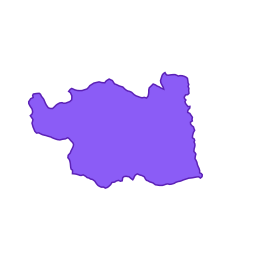 Tupã, São Paulo, Brazil (Mercator projection), rotated 234°
{"feature_id": "56859067B14045296433248", "entity_name": "Tupã", "entity_type": "district", "adm_level": 2, "iso_a3": "BRA", "parent_name": "Brazil", "parent_adm1": "São Paulo", "projection": "mercator", "projection_center": [-50.528, -21.957], "detail": "fine", "context": "isolated", "style": "filled", "palette": "violet", "viewbox_px": 256, "rotation_deg": 234, "n_neighbors": 0, "source": "geoboundaries", "source_scale": "gbopen_adm2", "svg_char_len": 3467}
<svg xmlns="http://www.w3.org/2000/svg" viewBox="0 0 256 256"><g transform="rotate(234 128 128)"><path d="M123.7,56.2L122.3,57.8L121.1,59.0L119.3,60.4L117.8,61.4L116.9,62.7L116.5,64.2L115.1,64.8L113.7,65.4L111.9,65.8L110.5,67.0L108.7,67.7L107.3,69.0L105.9,69.5L104.5,69.9L102.5,69.8L100.9,69.8L99.1,70.0L97.7,70.6L95.9,71.6L94.5,73.6L92.7,74.3L92.1,76.2L92.0,77.7L92.4,80.7L93.4,83.0L92.1,85.4L92.0,87.5L91.2,89.5L89.4,90.6L88.7,92.3L90.9,94.5L91.1,96.1L90.1,98.0L87.9,100.2L85.5,100.7L83.3,101.4L84.0,103.1L84.9,104.5L85.6,106.3L85.4,108.6L83.2,109.8L81.4,111.3L78.9,112.5L76.5,112.1L74.8,112.2L73.6,113.1L71.7,113.9L70.1,115.1L68.9,115.9L67.3,116.4L66.0,116.8L64.6,118.2L63.0,119.8L61.4,122.0L60.8,123.6L60.2,125.7L59.5,127.2L57.9,128.6L57.0,130.3L56.1,132.8L55.9,134.9L55.2,137.1L54.4,138.7L53.9,140.3L53.6,141.7L53.2,143.1L52.7,144.6L52.2,146.1L51.7,147.7L50.8,149.2L49.8,151.0L49.0,152.7L48.1,154.6L47.1,156.4L44.9,157.2L45.1,159.3L46.5,160.6L48.1,160.5L49.6,159.6L51.5,161.0L53.6,161.7L55.7,162.1L57.6,162.6L59.8,163.6L61.8,164.0L63.9,164.2L65.8,166.1L67.0,167.6L68.7,167.7L70.2,167.5L71.3,168.4L72.4,169.4L73.3,170.6L74.4,171.8L75.8,172.7L77.9,173.2L78.7,174.6L80.2,175.1L82.3,174.4L83.9,175.8L85.0,177.1L86.0,178.4L87.0,180.6L88.7,181.0L90.4,181.6L92.1,181.1L94.3,180.9L96.0,181.9L95.9,184.2L97.4,184.9L98.8,186.4L101.2,186.5L103.4,186.6L105.6,185.5L107.0,186.6L107.5,188.2L107.8,189.7L109.1,190.8L110.1,189.1L112.2,189.0L114.1,189.0L115.9,189.6L116.6,191.3L118.5,191.0L119.9,191.6L120.9,194.0L119.9,195.9L120.2,197.7L122.8,199.2L124.3,200.6L126.3,201.0L127.5,202.8L129.4,203.2L130.7,204.0L131.9,204.6L133.3,205.3L135.1,204.8L136.7,203.9L138.4,202.6L139.8,200.9L140.5,199.2L142.1,198.4L143.6,197.4L144.9,195.5L146.0,193.6L147.1,191.5L148.4,190.3L151.1,190.5L151.2,188.6L150.6,186.7L148.7,184.1L147.3,182.2L145.4,181.2L143.2,180.8L141.7,180.6L140.2,180.4L138.4,179.7L141.2,178.0L142.8,177.5L144.7,176.3L146.8,175.5L148.8,174.2L148.4,171.7L148.0,168.8L146.6,167.2L144.6,165.7L143.3,164.5L142.0,163.0L141.3,160.7L143.2,159.2L144.2,157.1L145.7,155.8L147.7,154.5L149.1,153.5L151.2,152.6L154.8,151.9L156.7,150.8L158.2,149.5L159.7,148.8L161.4,148.3L164.2,147.9L165.5,146.9L167.4,145.5L169.7,144.3L171.7,143.0L173.2,143.1L175.6,143.2L178.7,141.5L178.9,139.0L178.8,137.3L178.2,135.8L180.2,133.4L182.3,131.7L183.4,129.2L184.4,126.8L184.7,122.1L184.0,119.8L183.7,117.7L184.7,114.7L185.3,112.8L186.8,110.7L187.9,109.3L189.1,108.2L190.3,107.3L191.6,106.6L193.1,105.7L193.2,104.0L192.5,101.5L190.5,102.2L189.2,101.9L187.1,101.5L185.3,100.2L183.9,99.0L183.6,96.4L184.2,94.2L184.8,92.0L185.9,90.4L187.3,89.5L188.4,87.5L188.7,85.6L188.8,83.7L188.3,80.5L188.1,78.4L189.6,76.5L191.2,75.4L194.5,75.4L197.0,75.8L198.6,76.2L200.8,76.7L202.6,76.7L204.5,76.6L206.8,77.0L208.2,76.6L209.3,74.9L210.2,73.3L211.1,71.4L210.4,70.0L208.4,69.2L208.9,66.5L208.2,64.7L207.6,63.1L206.1,62.1L204.3,61.8L202.7,61.6L200.8,61.6L199.3,61.4L197.0,60.3L195.7,58.6L195.4,56.2L190.8,56.1L189.4,54.6L188.4,53.2L184.7,51.8L182.6,51.3L180.1,50.7L177.7,51.0L176.5,53.0L174.8,53.8L173.0,54.8L171.5,56.0L170.0,57.3L168.6,58.3L167.2,59.4L166.1,60.3L164.8,60.9L163.3,61.8L161.4,63.1L160.1,64.1L158.4,65.9L157.3,68.6L156.0,71.0L155.6,73.5L154.1,74.1L151.3,74.3L148.7,74.7L146.9,74.4L145.5,73.1L144.2,70.9L143.0,68.5L141.7,66.5L141.1,63.6L139.3,61.9L137.0,62.0L135.1,61.4L133.2,60.5L131.2,59.3L129.5,58.3L128.0,57.8L126.5,58.3L125.3,57.5L123.7,56.2Z" fill="#8b5cf6" stroke="#5b21b6" stroke-width="1.5"/></g></svg>